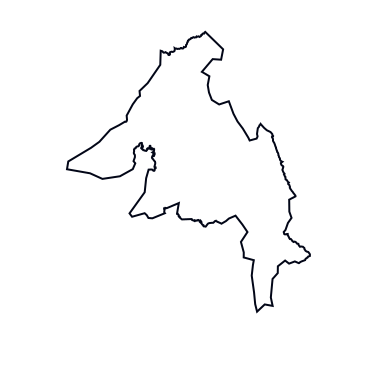 outline of Renchinlxu'mbe, Hövsgöl, Mongolia, rotated 331°
{"feature_id": "93677404B49169879261088", "entity_name": "Renchinlxu'mbe", "entity_type": "district", "adm_level": 2, "iso_a3": "MNG", "parent_name": "Mongolia", "parent_adm1": "Hövsgöl", "projection": "albers", "projection_center": [99.78, 51.076], "detail": "fine", "context": "isolated", "style": "outline", "palette": "ink", "viewbox_px": 384, "rotation_deg": 331, "n_neighbors": 0, "source": "geoboundaries", "source_scale": "gbopen_adm2", "svg_char_len": 6014}
<svg xmlns="http://www.w3.org/2000/svg" viewBox="0 0 384 384"><g transform="rotate(331 192 192)"><path d="M280.4,246.0L280.6,245.8L280.7,244.9L280.5,244.3L280.5,243.6L280.2,242.2L280.1,240.5L279.8,239.5L279.7,237.5L279.5,236.8L279.7,236.1L279.6,235.7L280.2,234.9L280.5,233.0L280.0,231.7L280.1,231.4L280.4,231.0L281.3,230.7L280.7,229.4L280.8,227.9L280.0,226.4L280.0,226.1L280.5,225.3L280.6,224.6L281.0,224.2L280.8,223.3L281.0,222.3L280.9,221.4L281.6,221.1L281.8,220.9L281.5,219.6L281.6,218.1L281.8,216.5L282.1,216.1L282.8,215.7L283.1,215.1L283.9,214.5L284.2,214.0L284.2,213.6L283.4,212.1L283.4,211.0L283.6,210.1L283.8,209.7L285.7,209.4L285.3,208.9L284.7,207.7L284.6,206.4L285.2,205.2L285.0,203.6L285.4,202.7L285.4,201.6L285.9,200.8L286.2,199.0L285.9,198.2L286.3,197.3L286.3,196.5L286.5,195.8L286.6,194.7L287.1,193.7L287.0,192.9L287.4,191.1L287.7,189.1L287.6,187.0L287.7,186.4L288.5,185.0L288.6,184.1L288.5,183.0L288.6,182.6L289.0,182.3L289.9,182.6L290.1,182.4L289.9,181.4L290.3,180.3L289.9,178.2L289.6,177.4L287.4,174.3L286.2,171.0L285.5,168.1L285.4,167.5L285.1,166.7L285.0,165.7L283.7,166.4L283.3,166.4L282.2,167.4L280.5,168.1L277.1,172.6L276.8,173.3L276.5,174.6L276.2,175.3L274.4,176.6L267.4,174.9L267.6,171.8L267.2,161.1L266.0,152.4L266.2,143.7L268.2,130.5L258.2,128.6L254.0,121.1L255.1,113.2L257.6,106.1L263.3,99.2L258.9,91.7L274.5,85.8L281.6,90.4L288.4,82.3L281.2,58.4L280.2,58.6L279.3,59.3L278.4,58.7L277.5,58.9L277.1,59.3L276.6,59.2L276.6,59.4L275.8,59.6L275.3,60.0L273.7,60.0L273.3,59.1L271.7,58.7L271.4,58.2L270.6,58.7L269.7,58.2L269.1,58.2L268.2,57.2L266.9,57.4L266.1,56.9L265.5,57.1L265.2,57.4L264.6,57.5L263.6,57.2L263.0,57.3L262.6,57.8L261.8,57.7L261.1,58.7L260.4,58.8L259.4,60.0L258.8,60.4L258.1,60.5L257.3,61.8L257.0,62.0L255.8,61.9L255.2,61.2L253.9,62.1L253.4,62.0L252.7,61.5L252.5,60.9L252.0,60.6L251.3,60.8L250.3,60.7L249.7,60.2L248.8,59.9L248.4,59.7L248.1,59.1L247.3,58.7L246.8,58.2L246.6,57.8L246.3,58.6L245.6,59.6L244.8,60.3L243.1,60.2L242.0,59.3L240.5,59.1L239.9,59.5L239.8,60.4L239.6,60.8L238.9,61.2L238.3,61.1L237.9,60.7L238.0,59.6L237.7,58.6L237.1,57.8L236.7,56.9L236.1,56.9L234.9,56.5L234.6,56.1L234.3,54.6L233.1,53.3L225.9,65.4L206.0,75.3L195.1,78.2L193.1,82.8L189.5,83.4L182.7,86.6L171.9,93.5L170.2,97.3L169.5,98.1L168.7,98.6L168.0,98.5L167.6,98.0L160.6,98.2L150.8,97.9L135.3,103.2L125.1,104.4L98.6,105.3L93.7,111.5L111.9,126.2L120.0,137.1L136.6,143.3L151.3,143.3L156.3,139.4L155.8,136.7L159.0,133.8L159.9,132.1L160.0,131.5L159.8,130.3L160.2,129.4L161.2,128.2L161.8,126.8L162.9,126.1L163.4,126.4L163.8,126.4L165.3,125.5L167.5,125.9L167.5,126.1L167.9,126.3L167.7,126.2L168.5,125.7L168.7,125.0L169.1,124.6L170.2,124.4L170.5,124.2L171.0,124.6L171.6,124.8L171.7,124.7L171.9,124.9L171.3,126.1L171.1,126.7L170.5,127.4L170.3,127.8L171.3,127.8L171.2,128.4L170.4,129.1L169.7,129.2L169.4,128.8L169.9,128.6L170.1,128.3L170.1,128.1L169.1,128.7L168.8,129.2L168.9,129.5L169.0,129.1L169.1,130.1L170.6,132.8L171.3,133.2L171.5,133.6L171.9,133.9L173.0,133.5L173.2,133.2L173.7,133.1L173.9,132.7L173.6,132.7L173.7,132.4L174.1,132.3L174.7,132.3L175.0,132.9L176.2,133.8L176.5,133.6L176.5,133.4L176.2,133.4L176.1,132.9L176.5,132.8L176.5,132.3L176.8,131.8L177.4,131.2L177.7,131.2L177.9,131.4L177.6,132.1L177.3,132.3L177.5,132.7L177.1,133.2L177.0,133.6L177.2,134.2L177.4,134.3L177.7,133.8L178.2,134.2L178.1,134.4L177.4,134.4L177.4,134.7L177.6,134.8L177.6,135.0L177.3,135.2L177.7,135.6L178.1,135.8L178.8,135.9L178.7,135.6L179.0,135.5L179.6,135.7L179.7,136.1L178.6,137.8L178.1,138.3L177.5,138.1L176.6,138.2L176.7,138.4L177.7,138.7L177.6,138.9L176.7,138.6L176.9,139.1L177.9,140.1L177.9,140.5L177.7,140.8L176.1,142.1L175.7,142.0L176.2,140.9L177.0,140.2L176.9,140.2L174.8,141.4L173.8,142.2L173.5,143.3L173.9,144.6L174.0,146.1L174.4,147.5L173.9,148.9L173.3,149.7L171.4,151.7L171.3,152.3L172.1,152.7L171.9,153.4L171.7,153.6L170.6,153.7L169.8,154.9L169.5,155.1L169.0,155.1L168.4,154.4L168.1,153.2L167.2,152.5L164.9,151.4L158.6,157.7L150.5,169.3L127.0,180.4L127.6,184.6L140.3,187.6L141.2,190.3L141.3,193.6L144.6,195.8L158.0,197.4L157.9,196.8L158.0,196.5L158.0,196.0L158.9,194.9L159.4,193.3L159.5,193.1L159.9,193.6L160.3,193.6L160.5,192.9L160.8,192.8L162.1,193.9L175.1,195.3L168.3,203.8L168.3,204.7L168.1,204.9L169.0,204.6L169.0,205.1L169.2,205.5L169.1,205.8L168.6,206.5L168.6,207.0L169.1,207.1L169.3,207.8L168.9,208.4L169.9,211.1L178.6,215.5L178.7,215.9L178.5,216.5L179.5,217.7L180.2,217.8L180.1,218.5L180.3,218.8L180.8,218.6L181.0,218.8L181.5,218.7L182.0,219.2L182.4,219.1L182.3,218.9L182.9,219.5L183.4,219.4L183.8,219.9L183.8,219.5L184.1,219.6L184.2,219.8L184.0,220.1L184.5,220.4L184.7,221.5L185.1,221.8L185.6,221.4L185.7,221.9L185.7,222.6L185.2,222.7L185.1,223.1L185.5,223.1L185.5,223.3L185.3,223.5L185.0,223.4L185.2,223.8L185.1,224.3L185.2,225.5L185.8,226.4L185.6,226.6L185.7,226.9L185.5,227.1L185.6,227.7L186.2,228.0L186.9,228.8L187.3,228.9L190.1,227.6L190.9,227.4L192.1,227.6L194.5,228.6L195.5,229.2L196.4,229.1L197.8,228.6L198.5,228.8L199.0,228.8L199.1,229.4L199.6,229.9L199.8,230.5L200.5,231.2L200.7,231.6L201.8,233.0L202.4,234.0L207.6,233.9L211.4,233.1L218.6,233.8L220.3,244.9L221.1,253.9L210.6,259.4L208.0,269.9L205.5,274.3L213.0,281.6L209.9,285.4L203.7,294.1L197.6,309.9L192.9,320.7L190.9,328.2L201.1,325.6L207.3,330.7L209.8,322.5L220.3,307.1L227.7,304.5L231.1,298.6L240.2,297.1L242.2,301.7L248.3,302.6L250.9,306.0L251.2,306.1L252.4,305.8L253.9,305.8L257.9,306.4L258.8,305.6L259.6,305.4L260.3,305.5L260.9,305.2L261.5,305.3L262.2,304.8L264.1,305.1L264.9,303.7L264.9,302.8L264.6,300.8L263.5,299.8L262.8,298.5L262.8,297.7L262.6,296.8L262.9,296.1L263.1,295.3L262.7,294.6L262.5,293.7L260.8,292.4L259.9,292.3L259.6,290.8L259.6,290.0L259.9,288.9L258.9,288.2L258.5,286.2L257.8,285.2L256.5,284.9L256.4,284.2L256.0,283.7L256.0,282.8L255.7,281.1L255.2,280.6L254.8,280.5L254.7,279.5L254.8,278.8L254.9,277.1L254.7,276.3L255.3,275.4L255.4,275.1L254.7,274.8L252.8,274.2L252.3,273.5L252.8,271.5L255.4,270.5L260.9,265.6L266.5,262.9L267.6,256.4L273.3,245.8L280.4,246.0Z" fill="none" stroke="#020617" stroke-width="2"/></g></svg>